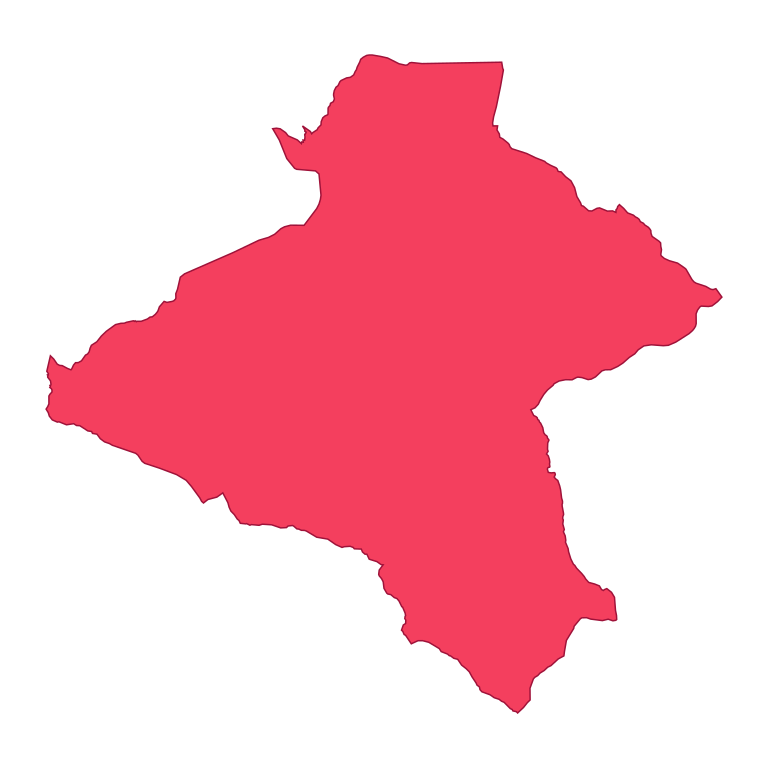 outline of Racos, Brasov, Romania
{"feature_id": "2599482B67476847069739", "entity_name": "Racos", "entity_type": "district", "adm_level": 2, "iso_a3": "ROU", "parent_name": "Romania", "parent_adm1": "Brasov", "projection": "albers", "projection_center": [25.432, 46.029], "detail": "fine", "context": "isolated", "style": "filled", "palette": "rose", "viewbox_px": 768, "rotation_deg": 0, "n_neighbors": 0, "source": "geoboundaries", "source_scale": "gbopen_adm2", "svg_char_len": 6046}
<svg xmlns="http://www.w3.org/2000/svg" viewBox="0 0 768 768"><path d="M616.7,619.5L616.5,615.4L615.5,610.4L614.5,597.3L611.5,592.3L606.8,588.6L604.4,589.6L603.3,590.5L601.5,589.5L599.4,585.9L594.6,584.0L588.7,582.4L585.7,579.0L584.2,576.5L581.8,573.6L576.6,568.2L574.8,565.4L573.4,564.2L570.8,558.9L568.6,551.8L568.1,548.5L565.5,542.3L565.8,540.2L565.2,535.9L563.4,531.8L564.3,529.5L562.8,524.0L563.3,520.0L562.7,518.5L562.8,516.7L563.6,514.6L563.5,513.2L562.2,506.3L562.1,504.2L562.5,503.3L562.5,501.1L561.6,498.1L560.6,489.8L559.7,485.9L557.8,480.5L555.6,478.8L554.2,477.1L555.3,474.7L555.0,473.1L554.3,472.6L551.2,472.9L548.3,472.4L547.4,469.3L547.6,468.1L548.5,467.3L549.6,467.2L549.9,466.5L549.5,464.0L549.8,462.1L549.4,459.4L548.3,455.9L546.5,454.0L548.1,451.3L547.5,449.3L547.7,443.7L547.8,442.7L548.9,440.4L548.8,439.7L547.5,438.1L547.2,436.6L546.5,435.6L545.3,435.0L543.7,432.7L542.8,427.7L540.6,423.1L539.6,422.2L538.9,420.3L537.7,419.5L537.2,417.7L536.1,416.7L533.7,415.5L530.8,409.7L535.0,407.8L538.3,404.2L540.1,400.4L543.8,394.4L547.5,390.0L553.1,385.3L554.1,383.7L559.1,381.0L565.6,379.7L572.1,379.8L576.5,377.5L577.9,377.1L582.0,377.6L588.1,379.6L591.3,379.1L595.5,376.9L601.9,370.9L605.2,369.8L610.7,369.7L617.8,366.4L623.0,363.0L629.3,357.4L634.8,353.8L638.2,349.8L643.9,345.9L651.3,344.8L663.3,345.7L668.4,345.3L675.8,342.1L689.1,333.6L692.6,330.5L694.1,328.6L695.5,326.3L696.2,323.6L696.1,313.8L697.6,310.0L700.0,306.8L701.3,306.1L708.4,306.5L712.0,305.9L717.6,301.6L721.9,297.1L715.9,288.7L713.0,289.6L710.7,289.2L705.8,286.4L696.1,283.2L694.0,281.9L692.0,279.6L686.0,269.2L684.9,268.2L677.6,263.1L669.3,260.7L664.4,258.5L661.2,255.8L660.8,254.4L661.5,249.7L660.8,246.3L660.6,242.9L659.1,241.3L652.1,236.4L651.0,233.3L650.8,230.5L649.7,228.8L648.4,227.3L644.7,224.9L643.5,223.3L640.4,221.7L639.1,219.3L637.4,217.9L635.4,216.9L633.5,215.2L627.6,212.9L623.7,208.4L619.4,204.6L617.7,206.5L617.1,208.6L616.0,209.8L615.9,212.4L612.6,210.9L607.4,211.1L599.6,207.9L597.0,208.3L591.9,211.0L588.6,210.8L583.4,206.2L581.5,205.6L580.5,202.7L576.9,196.6L574.6,187.7L571.0,180.9L565.6,176.7L561.1,171.9L558.5,171.5L557.9,171.0L557.2,169.0L556.2,167.9L550.4,165.2L546.3,162.9L544.7,161.4L535.4,157.7L526.7,153.5L511.8,148.7L510.0,146.7L509.2,144.5L508.1,143.2L503.0,139.0L499.8,137.3L499.3,133.9L497.0,130.0L497.6,125.9L493.0,125.9L492.6,123.0L493.6,116.8L496.3,106.9L500.5,86.5L503.4,70.0L502.7,68.3L501.7,62.2L422.0,63.6L411.5,62.5L409.6,62.9L407.4,64.9L405.5,65.2L399.1,63.8L387.6,58.0L380.5,56.4L372.2,55.0L369.3,55.0L366.7,55.4L363.3,57.2L360.7,59.3L359.8,61.9L357.1,67.3L356.4,69.7L355.2,71.5L353.7,74.9L350.4,77.3L346.6,77.9L341.1,80.5L339.9,81.7L338.0,85.7L336.0,87.2L334.3,90.6L333.6,94.0L333.6,95.4L334.4,99.0L333.3,101.7L330.5,103.3L330.0,105.5L328.4,107.3L328.1,108.2L328.0,114.1L327.6,114.8L324.9,116.0L322.8,117.8L321.2,121.7L321.0,124.9L318.1,127.8L317.2,129.7L312.8,132.6L311.7,133.8L310.4,131.5L303.0,126.3L302.8,126.5L304.8,129.7L304.9,131.4L306.2,132.1L305.3,134.1L304.8,134.2L304.7,134.8L305.0,136.9L304.6,140.3L303.0,140.0L303.3,142.2L301.7,142.0L301.4,143.6L297.3,139.9L288.2,135.9L285.6,132.6L280.2,128.8L276.4,128.2L272.7,128.7L279.3,140.0L286.8,158.6L294.6,168.3L296.7,169.3L315.5,170.9L319.0,174.0L321.0,195.3L320.4,199.5L319.0,204.1L316.7,208.6L304.1,225.3L290.6,225.2L284.5,226.8L280.9,228.7L274.6,234.3L268.5,237.4L259.0,240.2L232.6,252.8L184.6,273.8L180.3,277.2L177.5,289.3L175.8,293.7L175.9,297.8L175.6,299.0L173.8,300.8L172.2,301.4L166.9,302.4L164.1,301.4L159.4,306.8L158.0,310.8L157.2,312.1L155.3,314.4L152.3,316.8L150.0,317.1L147.4,319.0L141.2,321.3L136.7,321.3L136.3,321.7L135.1,320.8L134.4,321.4L133.4,320.8L126.4,322.3L124.3,323.2L120.9,323.3L115.5,324.6L106.3,331.3L101.3,336.1L96.8,341.8L91.4,345.3L90.1,348.2L89.2,351.7L87.6,354.0L85.5,355.1L81.5,360.8L78.3,362.6L75.5,362.7L73.5,365.1L71.7,369.0L71.0,369.8L67.6,368.5L62.2,365.6L59.6,365.4L57.2,364.1L53.7,359.0L50.4,355.8L46.8,371.3L48.4,373.7L48.3,374.4L47.4,374.9L48.1,375.7L47.7,376.5L47.7,377.2L50.5,380.9L50.7,382.4L51.0,384.3L50.8,385.1L49.9,385.4L50.4,386.5L49.8,387.5L51.3,388.6L51.9,389.8L52.0,391.0L51.9,392.1L50.1,394.0L48.9,396.0L48.9,403.9L47.7,406.6L46.1,409.1L48.3,412.7L49.3,416.1L52.3,419.9L57.3,422.1L59.0,421.8L66.5,424.8L73.7,423.7L76.5,425.5L79.8,425.7L87.8,430.9L91.6,431.5L92.5,433.4L97.0,434.2L100.3,438.7L104.6,441.9L109.5,443.6L112.4,445.3L135.7,453.3L137.9,455.1L142.1,461.3L144.7,463.3L159.3,468.1L176.6,474.6L186.2,480.3L191.4,486.4L199.8,497.9L201.6,501.3L203.5,503.0L207.9,499.5L216.9,497.1L222.8,492.9L227.9,502.7L229.1,507.2L230.9,511.1L234.3,514.6L237.3,519.1L239.0,520.5L240.3,523.3L245.9,523.9L246.6,523.6L249.9,525.2L251.4,524.6L259.1,525.3L262.3,524.2L271.7,524.8L280.7,527.9L286.5,527.6L288.1,526.0L292.5,525.5L293.7,526.1L296.9,528.9L298.8,529.1L301.3,530.3L304.5,530.4L306.3,531.0L316.7,537.2L327.8,539.1L335.7,544.6L342.0,547.4L344.3,546.7L350.2,546.3L353.3,547.5L354.3,548.8L361.3,549.1L362.5,552.0L365.0,554.2L366.9,554.2L369.2,559.2L376.9,561.6L381.1,564.6L383.1,564.8L379.2,570.1L378.7,574.4L379.2,575.8L381.6,578.7L383.2,581.8L384.0,588.4L386.8,593.2L387.8,594.0L390.8,594.6L394.3,597.6L396.9,598.5L399.0,601.0L401.8,606.7L402.6,607.1L405.1,613.0L405.6,615.7L405.1,616.4L404.8,618.6L405.8,620.1L405.6,623.5L403.3,625.0L401.5,630.2L402.8,631.4L404.1,634.5L405.6,635.3L411.3,643.8L418.0,640.7L422.7,640.7L428.8,642.3L439.3,648.6L441.2,651.6L447.6,654.1L449.3,655.7L450.3,655.7L453.8,658.3L457.7,659.3L461.6,665.1L466.2,668.7L469.3,671.8L472.0,676.8L476.1,683.0L477.0,685.1L479.4,686.9L480.0,689.7L481.9,691.8L490.1,694.8L494.2,697.7L499.1,699.3L501.5,701.2L504.1,702.3L510.4,708.7L512.2,709.5L512.9,710.9L516.4,711.7L517.6,713.0L523.5,707.5L527.4,702.6L530.1,700.0L530.0,688.2L533.4,678.9L534.8,677.3L537.7,675.6L540.1,673.0L544.2,670.5L547.7,667.2L551.0,665.6L558.3,658.9L563.9,655.9L564.5,651.3L566.4,640.4L573.7,628.5L574.1,626.3L580.4,618.7L581.9,617.8L586.7,617.7L590.7,619.1L602.4,620.6L608.2,619.2L612.9,620.8L615.8,620.3L616.7,619.5Z" fill="#f43f5e" stroke="#9f1239" stroke-width="1.5"/></svg>